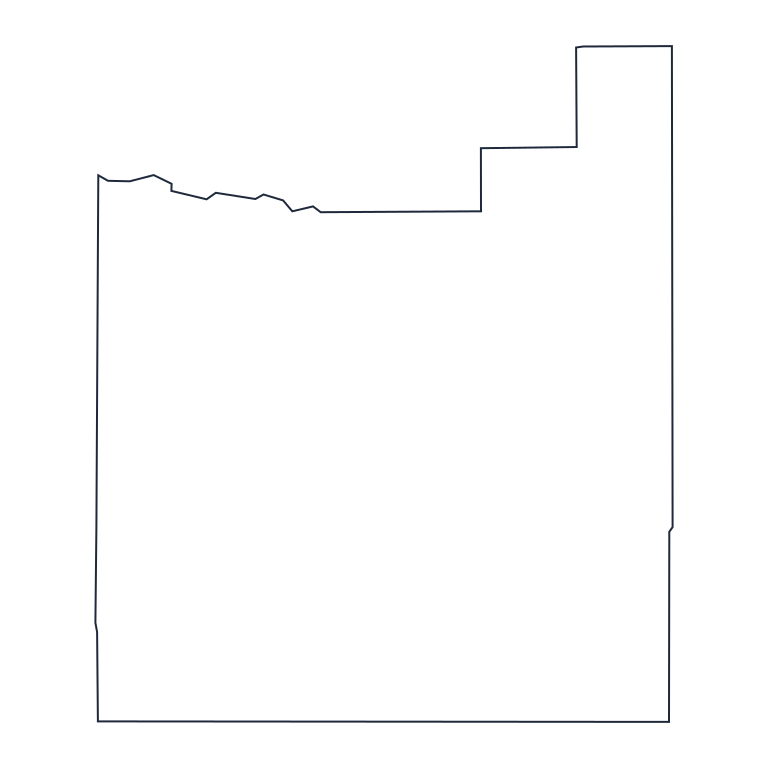 outline of Otero, Colorado, United States of America
{"feature_id": "52423323B42368002291808", "entity_name": "Otero", "entity_type": "district", "adm_level": 2, "iso_a3": "USA", "parent_name": "United States of America", "parent_adm1": "Colorado", "projection": "natural_earth1", "projection_center": [-103.809, 37.955], "detail": "fine", "context": "isolated", "style": "outline", "palette": "slate", "viewbox_px": 768, "rotation_deg": 0, "n_neighbors": 0, "source": "geoboundaries", "source_scale": "gbopen_adm2", "svg_char_len": 454}
<svg xmlns="http://www.w3.org/2000/svg" viewBox="0 0 768 768"><path d="M95.4,622.8L97.1,632.1L97.9,721.4L669.0,721.9L669.3,531.8L672.6,527.1L671.9,46.1L583.2,46.5L576.1,47.5L576.7,147.0L480.9,148.2L481.0,211.3L320.7,212.2L313.0,206.4L292.3,211.3L283.1,200.4L263.5,194.5L255.4,199.0L215.8,192.8L206.6,199.3L171.4,190.9L171.6,183.8L153.7,175.1L129.7,181.3L108.0,180.8L98.3,175.3L96.4,526.8L95.4,622.8Z" fill="none" stroke="#1e293b" stroke-width="2"/></svg>